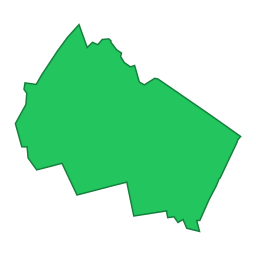 Merrimack, New Hampshire, United States of America (Equal Earth projection)
{"feature_id": "52423323B36577314859832", "entity_name": "Merrimack", "entity_type": "district", "adm_level": 2, "iso_a3": "USA", "parent_name": "United States of America", "parent_adm1": "New Hampshire", "projection": "equal_earth", "projection_center": [-71.683, 43.31], "detail": "fine", "context": "isolated", "style": "filled", "palette": "green", "viewbox_px": 256, "rotation_deg": 0, "n_neighbors": 0, "source": "geoboundaries", "source_scale": "gbopen_adm2", "svg_char_len": 789}
<svg xmlns="http://www.w3.org/2000/svg" viewBox="0 0 256 256"><path d="M56.3,52.8L41.8,74.7L36.2,84.4L25.0,82.9L24.0,89.3L26.8,93.3L25.9,104.5L18.4,118.1L15.4,123.6L21.8,146.8L27.1,146.9L28.1,158.0L36.7,169.9L62.0,163.3L77.0,195.0L109.6,186.5L126.8,182.1L133.8,216.0L166.5,210.9L167.7,217.6L174.0,216.8L178.0,222.5L183.0,219.5L186.8,228.3L199.5,231.4L196.7,220.5L199.8,220.5L209.1,199.5L216.1,186.2L219.2,178.7L220.2,177.9L228.9,159.4L236.9,142.6L237.7,139.9L240.6,136.5L210.8,115.4L182.8,96.1L178.5,93.1L157.9,79.0L154.7,78.3L144.3,84.9L139.3,82.0L134.6,65.5L130.5,66.9L124.2,62.5L120.6,56.5L121.5,53.0L116.6,49.8L110.7,42.0L111.0,40.9L108.9,38.9L102.2,39.5L97.8,44.7L92.6,42.3L87.2,47.5L79.0,24.6L67.7,37.1L57.4,51.1L56.3,52.8Z" fill="#22c55e" stroke="#15803d" stroke-width="1.5"/></svg>